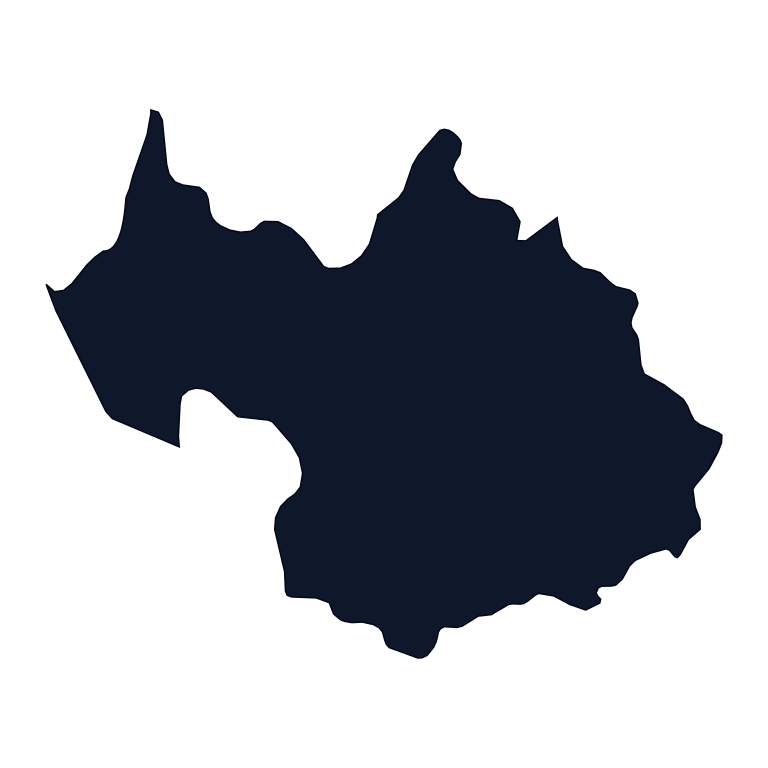 SVG path tracing the border of Savoie
{"feature_id": "FRA-5341", "entity_name": "Savoie", "entity_type": "Metropolitan department", "adm_level": 1, "iso_a3": "FRA", "parent_name": "France", "parent_adm1": "", "projection": "albers", "projection_center": [6.338, 45.496], "detail": "fine", "context": "isolated", "style": "filled", "palette": "ink", "viewbox_px": 768, "rotation_deg": 0, "n_neighbors": 0, "source": "natural_earth", "source_scale": "10m", "svg_char_len": 2873}
<svg xmlns="http://www.w3.org/2000/svg" viewBox="0 0 768 768"><path d="M684.6,401.4L687.4,405.8L690.5,413.5L694.1,420.4L699.9,424.7L718.5,432.7L721.9,435.2L721.5,442.9L717.8,452.4L709.0,468.7L695.1,485.6L692.9,489.3L695.2,507.2L700.0,519.6L700.1,529.3L688.4,539.4L680.2,554.6L677.3,557.6L675.0,556.8L669.5,550.2L666.1,548.8L650.7,553.1L635.2,560.4L629.6,565.8L622.2,579.2L615.8,585.0L611.9,586.0L601.7,586.2L598.3,587.8L596.0,593.0L598.0,596.4L600.6,599.2L599.8,603.0L585.6,610.0L569.9,604.5L553.8,595.9L538.5,593.4L535.3,595.1L527.4,601.3L523.7,603.5L520.2,604.1L512.4,603.8L508.5,604.5L493.4,613.3L491.9,614.5L491.4,614.6L478.2,616.1L462.1,626.2L457.0,627.4L444.3,626.7L440.3,628.8L438.3,632.2L437.5,636.4L436.2,641.5L433.6,647.3L427.2,655.3L422.3,657.7L417.8,658.0L389.2,647.6L386.3,644.2L384.8,640.3L382.5,631.9L379.2,627.8L373.2,624.5L362.3,622.1L351.8,622.6L344.9,621.4L340.7,619.9L333.6,614.0L329.3,602.7L316.3,597.9L291.5,596.9L287.2,595.3L285.5,591.1L284.6,571.6L274.7,529.5L275.6,517.8L280.6,506.5L287.9,499.0L294.9,494.1L300.3,487.1L302.6,473.3L299.4,457.6L291.4,443.7L272.6,422.0L268.3,420.1L237.7,416.7L211.3,392.0L203.7,389.0L195.9,388.1L188.3,390.1L181.5,396.0L180.0,404.2L178.4,436.2L179.3,446.9L112.4,418.6L105.9,411.4L55.9,310.6L46.1,284.3L54.4,291.7L63.5,290.5L72.0,283.6L86.7,265.2L94.9,257.2L103.3,251.1L104.5,251.1L105.7,250.9L106.8,250.7L107.8,250.4L108.9,249.9L109.9,249.4L110.8,248.8L111.7,248.1L112.6,247.3L113.4,246.5L114.2,245.6L114.9,244.6L115.7,243.6L116.3,242.4L117.0,241.3L117.6,240.1L118.2,238.8L118.8,237.5L119.3,236.1L119.8,234.7L120.3,233.3L120.8,231.8L121.2,230.3L121.6,228.7L122.0,227.2L122.3,225.6L122.7,224.0L123.0,222.4L123.3,220.8L123.6,219.1L123.8,217.5L124.1,215.8L124.3,214.2L124.5,212.6L124.7,211.0L124.9,209.3L125.1,207.7L125.2,206.2L125.4,204.6L125.5,203.1L125.7,201.6L125.8,200.1L125.9,198.7L126.1,197.3L129.5,188.8L132.8,176.0L147.0,135.1L150.9,113.6L150.8,110.0L158.3,112.2L162.3,120.1L166.7,164.6L169.1,174.1L174.9,181.8L182.7,185.0L199.5,187.4L206.0,193.2L208.1,199.0L209.9,211.8L212.2,217.8L215.9,222.3L220.4,225.8L229.9,230.1L240.3,232.2L250.7,231.3L254.3,229.4L260.8,223.3L264.3,221.4L278.0,221.7L291.3,228.5L303.5,239.6L323.7,266.6L328.7,268.5L340.4,268.2L351.5,264.0L361.5,255.9L369.5,244.1L377.3,218.2L377.7,214.7L398.6,198.0L403.9,190.6L412.7,165.0L418.5,155.0L439.8,130.5L444.4,129.3L449.1,130.4L453.5,133.1L458.1,137.5L460.2,140.4L461.3,143.5L459.9,154.3L455.2,161.8L452.6,169.4L457.4,180.5L470.9,193.9L478.9,198.4L499.2,200.7L512.3,208.3L520.0,221.8L516.6,240.6L525.9,240.9L557.1,217.6L557.5,220.9L562.5,246.5L571.3,259.7L583.0,268.3L594.3,270.5L600.1,272.7L610.0,282.4L615.8,286.7L629.8,290.2L635.2,293.9L637.9,303.1L636.9,306.6L632.0,317.5L630.9,322.7L631.8,327.7L636.6,334.9L638.3,339.5L640.9,365.0L644.2,374.0L664.1,384.9L683.1,399.1L684.6,401.4Z" fill="#0f172a" stroke="#020617" stroke-width="1.5"/></svg>